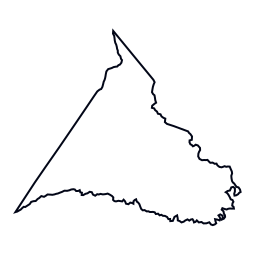 Araguainha, Mato Grosso, Brazil
{"feature_id": "56859067B18780861461560", "entity_name": "Araguainha", "entity_type": "district", "adm_level": 2, "iso_a3": "BRA", "parent_name": "Brazil", "parent_adm1": "Mato Grosso", "projection": "robinson", "projection_center": [-53.085, -16.703], "detail": "fine", "context": "isolated", "style": "outline", "palette": "ink", "viewbox_px": 256, "rotation_deg": 0, "n_neighbors": 0, "source": "geoboundaries", "source_scale": "gbopen_adm2", "svg_char_len": 3421}
<svg xmlns="http://www.w3.org/2000/svg" viewBox="0 0 256 256"><path d="M189.3,220.6L190.9,219.5L192.5,219.2L193.5,220.7L194.0,222.4L195.5,221.9L196.8,220.4L198.8,222.4L201.5,222.0L203.5,223.4L206.4,223.3L209.3,222.3L211.0,224.5L212.8,225.1L214.8,224.4L216.2,223.3L215.6,221.7L215.1,219.2L217.4,219.6L219.6,220.4L220.4,218.8L219.5,216.8L218.5,215.4L220.2,214.4L222.6,215.7L222.7,217.5L222.2,219.4L223.8,218.7L225.1,216.9L224.9,215.2L223.9,213.6L223.5,211.3L221.7,209.7L222.4,208.2L224.7,209.0L226.7,209.5L228.1,208.8L229.8,208.5L231.6,208.6L233.9,208.6L233.6,206.9L232.2,205.6L232.5,203.3L233.4,201.8L232.5,200.0L230.7,199.3L229.8,197.2L228.4,194.7L227.2,193.1L225.8,192.2L227.6,191.0L229.9,190.5L231.3,187.4L233.2,186.9L234.9,188.3L234.9,191.5L234.2,193.8L234.5,195.6L236.2,195.3L238.1,194.2L239.2,192.8L240.6,192.0L240.0,189.5L238.5,187.4L236.6,186.9L235.3,185.2L234.2,183.5L232.9,182.5L232.0,180.9L231.5,178.2L231.3,175.8L232.1,173.4L231.8,171.4L230.7,169.0L229.7,166.6L227.8,166.5L226.2,166.8L224.6,166.2L223.1,166.8L221.6,167.3L219.4,166.9L217.4,165.3L216.5,163.6L214.7,163.8L212.6,162.6L210.3,162.8L209.1,161.7L207.5,159.9L205.9,160.1L204.1,160.0L202.0,160.2L199.5,158.9L198.2,156.4L198.4,153.6L199.1,151.7L200.1,150.1L200.0,147.9L197.8,145.4L195.7,144.7L194.3,145.7L192.9,146.3L191.8,145.0L190.4,144.3L189.5,142.3L189.6,140.4L191.8,139.8L192.0,136.4L190.4,134.1L189.0,132.9L188.1,131.4L173.8,126.1L167.0,123.9L164.9,122.1L165.3,118.6L163.4,117.8L161.5,116.4L160.5,114.3L157.9,113.7L157.0,111.6L155.1,110.1L154.2,108.4L151.9,107.8L152.2,105.7L154.6,103.7L156.1,102.7L155.3,100.3L154.9,97.5L154.5,95.3L153.1,94.1L152.0,92.2L152.4,89.6L152.9,86.9L153.7,84.3L154.6,82.2L153.4,79.8L137.0,59.9L135.7,58.3L113.2,30.9L113.0,33.6L114.2,35.9L114.5,38.0L114.8,40.6L115.3,42.8L116.2,44.6L116.8,46.9L117.1,48.8L117.8,50.6L117.8,52.6L118.8,54.6L120.4,56.2L121.0,58.8L122.0,60.1L121.4,62.7L119.9,64.6L118.4,65.2L117.3,66.5L115.6,66.7L113.6,67.1L111.8,68.0L110.3,68.5L108.2,69.1L106.4,71.4L105.8,74.2L105.5,76.2L105.1,78.2L104.5,80.1L103.7,81.7L103.2,83.9L102.4,86.9L101.2,89.0L99.6,89.6L97.3,91.4L93.9,96.3L86.7,107.0L76.1,122.6L70.7,130.5L59.5,146.9L45.2,167.4L34.8,182.5L15.4,212.1L17.4,211.5L18.7,210.7L20.7,209.6L22.2,208.1L23.7,206.8L25.2,207.0L27.7,205.4L29.7,204.1L31.2,201.9L33.4,201.2L35.7,201.0L37.6,199.0L39.1,198.1L41.3,196.1L44.0,196.8L45.6,195.9L47.5,194.5L49.9,194.6L52.4,194.8L54.5,194.4L56.3,193.8L57.9,193.5L59.8,192.7L62.0,191.9L64.4,190.7L67.2,190.8L69.3,190.3L71.2,189.5L73.3,189.2L74.8,189.5L76.1,191.0L78.1,191.0L79.7,190.2L80.3,192.3L81.9,192.7L81.7,195.0L83.2,195.1L85.5,193.8L87.5,193.3L89.7,191.8L91.8,192.2L93.0,194.6L95.2,195.7L97.2,194.2L98.8,194.5L100.5,193.9L102.9,194.4L105.5,194.1L107.7,193.6L109.9,194.7L112.0,196.0L113.3,197.4L113.1,199.9L114.4,201.1L116.0,201.4L118.4,200.8L120.4,201.1L122.2,201.4L123.6,199.7L125.1,201.4L126.0,203.7L128.4,204.2L130.3,202.6L132.0,203.0L133.4,203.7L133.5,201.3L134.7,200.0L136.1,199.3L136.8,201.6L138.1,202.5L139.4,204.2L140.2,206.5L141.2,208.9L142.7,210.3L144.6,210.1L146.7,211.4L148.4,211.3L149.9,212.0L151.4,212.0L152.9,211.9L154.7,212.3L155.8,214.0L158.1,213.7L159.6,215.3L161.4,214.8L162.9,215.8L164.9,215.9L167.1,217.0L168.4,219.1L170.1,219.0L170.3,221.1L172.8,220.9L173.8,218.6L174.5,216.9L177.1,215.4L177.7,218.3L177.8,220.4L179.7,221.1L181.5,222.4L183.7,221.7L185.2,220.5L187.5,219.4L189.3,220.6Z" fill="none" stroke="#020617" stroke-width="2"/></svg>